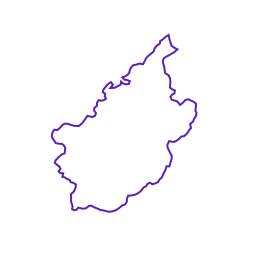 the district of Itumirim, Minas Gerais, Brazil, rotated 38°
{"feature_id": "56859067B44194563776168", "entity_name": "Itumirim", "entity_type": "district", "adm_level": 2, "iso_a3": "BRA", "parent_name": "Brazil", "parent_adm1": "Minas Gerais", "projection": "natural_earth1", "projection_center": [-44.831, -21.28], "detail": "fine", "context": "isolated", "style": "outline", "palette": "violet", "viewbox_px": 256, "rotation_deg": 38, "n_neighbors": 0, "source": "geoboundaries", "source_scale": "gbopen_adm2", "svg_char_len": 2424}
<svg xmlns="http://www.w3.org/2000/svg" viewBox="0 0 256 256"><g transform="rotate(38 128 128)"><path d="M102.7,29.7L101.5,33.3L100.8,37.4L99.8,39.5L101.2,42.0L99.9,45.3L99.9,48.6L101.1,52.0L100.4,55.3L99.6,58.5L99.3,61.7L99.9,64.4L100.5,68.6L97.2,70.3L95.6,72.9L93.5,75.2L93.2,79.2L93.9,81.6L95.0,83.8L94.9,86.6L93.7,89.6L92.4,91.6L95.4,92.1L97.6,90.9L100.5,89.9L101.6,92.8L99.2,95.1L96.4,96.0L94.0,95.7L95.5,98.3L94.3,101.0L92.7,104.6L89.5,107.3L89.5,103.2L86.3,102.3L85.2,105.6L85.0,109.3L85.0,112.9L86.2,115.4L88.9,115.0L90.1,117.3L92.6,118.4L91.9,120.8L90.0,123.1L87.7,124.1L88.1,127.2L89.8,129.6L89.2,133.1L90.6,135.2L93.6,135.9L94.5,138.6L93.3,141.2L88.6,143.4L88.8,147.7L89.0,152.3L88.0,156.8L84.9,159.0L82.6,160.1L79.9,161.1L77.1,162.2L75.4,163.8L74.5,166.1L74.4,168.9L73.7,173.0L70.9,174.8L71.3,178.3L73.4,182.0L77.4,183.3L80.3,184.4L83.1,183.0L85.8,181.1L88.5,181.3L90.6,182.2L92.0,184.2L93.7,187.0L92.2,189.5L91.3,193.5L90.9,198.0L91.6,200.5L94.3,200.7L97.7,200.7L99.9,201.8L99.9,204.8L102.1,205.3L104.9,203.6L106.4,206.9L108.5,205.9L111.0,205.7L114.1,204.9L116.2,206.0L118.5,204.9L121.8,204.5L123.5,207.6L124.5,211.3L123.8,215.5L125.8,217.5L127.4,220.1L130.3,222.4L132.6,223.8L133.8,226.3L136.0,226.1L137.8,224.1L137.8,221.4L140.0,220.4L142.5,219.2L144.5,216.7L145.1,213.6L147.0,211.7L149.4,211.5L152.9,210.5L156.8,209.5L159.6,208.0L162.9,206.6L165.6,204.9L167.6,202.5L169.2,200.0L170.3,196.5L171.1,192.7L172.8,189.8L172.5,186.9L170.7,184.4L169.8,181.2L172.3,179.0L174.7,176.0L176.2,172.9L177.0,169.0L176.9,165.3L178.1,162.9L177.8,159.7L179.3,157.5L181.9,157.3L183.7,154.7L185.0,152.0L184.5,149.3L185.1,146.3L184.1,142.4L183.3,137.9L181.9,134.5L184.2,132.8L182.8,129.2L181.4,125.4L179.3,122.8L176.3,121.5L173.7,120.3L171.4,119.1L169.4,117.1L168.5,113.0L170.5,112.0L172.7,110.8L174.1,108.2L174.9,105.1L175.3,101.9L177.2,99.9L177.8,96.9L177.9,94.4L177.4,92.0L177.7,89.3L174.5,86.6L175.3,83.1L174.4,80.0L174.2,76.7L172.8,74.0L170.3,72.7L168.5,69.5L166.6,67.0L163.3,67.0L160.7,67.7L158.2,68.0L156.1,70.3L155.6,74.7L154.8,77.8L152.2,77.0L149.6,76.8L147.2,78.1L144.9,78.7L142.3,77.3L142.2,74.3L143.2,72.2L141.9,69.6L138.8,70.3L136.1,70.3L134.8,68.3L133.0,65.5L130.3,62.8L127.5,61.5L123.4,61.8L121.4,60.0L119.3,57.8L116.3,55.7L114.0,53.6L113.3,51.1L114.0,48.8L115.3,45.9L116.6,42.7L117.8,39.8L118.5,35.6L115.3,36.2L111.7,36.4L109.2,34.7L106.4,32.8L102.7,29.7Z" fill="none" stroke="#5b21b6" stroke-width="2"/></g></svg>